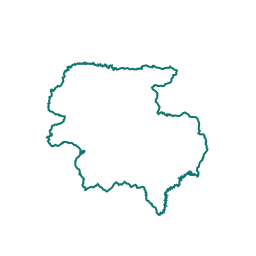 the district of La Convencion, Cusco, Peru, rotated 125°
{"feature_id": "86281439B48996208982152", "entity_name": "La Convencion", "entity_type": "district", "adm_level": 2, "iso_a3": "PER", "parent_name": "Peru", "parent_adm1": "Cusco", "projection": "mercator", "projection_center": [-72.836, -12.335], "detail": "fine", "context": "isolated", "style": "outline", "palette": "teal", "viewbox_px": 256, "rotation_deg": 125, "n_neighbors": 0, "source": "geoboundaries", "source_scale": "gbopen_adm2", "svg_char_len": 5805}
<svg xmlns="http://www.w3.org/2000/svg" viewBox="0 0 256 256"><g transform="rotate(125 128 128)"><path d="M142.1,212.2L144.1,209.7L145.9,208.9L147.9,210.1L148.5,209.0L151.0,208.3L152.6,206.6L153.8,207.3L155.3,205.5L156.4,205.6L157.9,203.7L158.8,203.4L158.9,201.3L158.1,198.9L158.4,194.8L157.5,194.3L156.9,192.6L157.3,191.5L156.4,191.3L156.3,189.2L154.8,186.3L157.0,185.2L158.3,185.4L159.3,184.5L163.3,185.9L164.5,187.5L166.0,187.9L166.9,189.7L168.2,190.0L168.8,190.9L170.2,191.4L172.1,190.3L173.9,190.1L174.9,190.6L175.4,190.4L176.9,188.5L176.6,187.0L177.8,186.2L178.4,186.4L178.7,187.5L180.5,187.5L181.0,188.7L182.1,189.0L182.0,187.7L182.7,185.7L184.6,186.1L185.8,183.6L185.5,182.9L186.1,182.3L186.6,180.0L185.8,179.4L185.7,178.7L183.4,177.8L183.1,175.7L182.4,174.6L179.4,173.8L179.1,173.4L178.5,173.5L177.9,172.8L177.4,173.2L176.1,172.4L174.2,169.0L174.5,167.9L172.9,166.4L172.4,164.9L172.9,162.2L172.2,161.6L172.1,160.6L172.3,156.8L173.1,154.4L175.4,153.1L173.1,152.0L171.8,150.8L172.1,150.2L174.3,150.4L176.0,151.7L179.3,151.9L182.6,152.8L184.1,152.1L185.4,152.2L185.9,151.5L187.9,150.5L189.1,149.3L190.2,146.3L190.0,144.0L192.4,141.5L193.3,141.7L193.9,141.2L193.3,140.2L194.4,138.1L194.7,135.6L195.5,135.3L195.6,134.5L197.9,133.9L198.5,133.0L200.9,132.7L201.9,131.0L201.3,129.6L201.6,128.8L202.0,128.1L203.2,127.5L202.6,126.8L200.8,126.6L197.0,124.2L196.7,122.6L195.9,121.8L195.0,121.9L193.6,120.9L192.7,121.1L192.0,120.5L191.3,120.6L192.3,117.2L191.7,115.3L192.7,113.3L192.2,112.1L192.2,108.9L186.3,107.0L182.1,107.2L179.3,106.6L179.2,104.2L180.0,102.9L178.4,102.2L178.0,100.6L174.0,99.9L174.3,97.8L174.2,96.8L173.5,96.1L173.5,94.3L174.6,91.6L170.3,89.5L170.3,87.9L171.5,87.0L171.8,86.3L170.9,85.5L170.7,84.5L167.8,82.4L167.5,80.3L168.9,79.3L169.2,78.0L170.5,76.9L170.3,76.2L171.2,75.9L171.7,74.7L172.9,75.0L173.4,73.7L174.9,73.0L176.4,71.4L176.5,70.3L176.0,69.4L176.7,67.1L176.6,65.8L177.1,65.1L176.7,64.6L177.8,63.5L177.9,62.3L177.5,59.8L179.1,57.3L180.8,56.1L181.5,53.2L180.8,53.1L180.8,52.2L180.2,52.0L179.9,52.5L178.5,52.7L178.2,51.0L177.4,51.0L176.4,50.3L175.9,51.4L175.3,51.6L175.3,51.0L174.2,51.0L174.1,51.5L173.4,51.4L172.5,52.3L171.0,52.3L170.6,53.3L170.1,52.9L169.9,53.5L169.7,53.0L169.4,54.0L168.7,53.6L167.9,53.9L167.7,54.9L166.9,54.7L166.5,55.4L165.9,55.1L166.0,56.2L165.4,56.0L164.8,56.6L164.5,56.1L164.1,56.7L163.6,56.3L163.1,56.8L163.5,57.1L162.7,57.6L162.3,56.9L161.9,57.3L162.4,57.5L162.1,57.9L161.7,57.8L161.5,58.1L161.7,58.8L161.3,59.1L160.9,58.6L161.0,59.6L160.4,59.6L160.3,60.2L159.7,60.2L159.7,59.1L159.5,59.9L158.6,60.0L158.7,60.9L158.3,59.7L156.2,60.2L156.2,59.6L155.3,60.3L155.1,60.0L155.5,59.7L154.7,58.6L154.2,60.3L154.3,59.5L153.0,59.2L153.6,58.6L153.1,58.2L152.5,58.4L152.3,57.6L151.5,58.2L151.1,57.1L150.1,56.9L150.0,56.2L148.0,56.9L147.5,55.8L146.7,55.7L146.4,54.2L146.9,53.7L146.5,53.3L146.1,53.5L146.1,54.4L145.7,53.5L144.6,53.3L142.8,55.1L141.3,55.4L140.4,56.1L140.8,54.9L140.3,54.6L140.1,56.2L139.7,55.5L139.0,55.7L138.9,55.4L138.3,55.8L138.4,56.5L136.9,56.3L137.6,55.3L136.8,55.3L136.8,54.5L136.2,54.6L135.7,53.9L134.4,54.6L134.4,53.9L133.6,54.0L133.4,53.0L133.1,54.1L131.2,53.0L130.7,53.4L131.1,53.9L130.3,53.5L130.2,53.0L131.1,52.3L130.9,51.8L129.4,52.7L129.0,52.0L128.1,52.4L127.9,51.9L128.9,51.6L128.3,50.8L129.4,50.5L129.7,51.4L130.3,50.3L128.6,50.1L128.8,49.2L130.0,49.0L129.3,47.9L128.5,47.7L128.5,47.0L127.7,47.2L127.1,44.0L127.8,43.5L127.0,43.1L124.1,44.6L123.4,47.0L120.5,48.5L119.2,47.7L115.6,49.3L112.9,49.2L111.5,48.7L111.0,49.2L110.1,49.0L109.5,49.7L107.8,49.7L106.4,50.7L101.9,50.3L99.7,50.7L99.3,52.2L97.3,53.5L96.8,55.1L95.6,55.4L95.2,56.2L94.3,56.0L92.5,58.0L91.6,60.4L90.7,60.6L90.1,61.7L89.9,62.6L91.8,65.2L92.0,67.3L90.1,67.7L89.3,67.4L88.2,69.6L83.5,72.2L80.6,76.3L80.1,78.3L83.0,83.1L83.2,84.6L82.5,85.1L82.4,86.6L82.6,90.2L84.3,91.4L87.5,92.1L89.1,93.3L91.1,97.2L92.7,98.1L92.4,99.6L93.5,101.2L93.0,101.6L93.1,102.3L93.9,102.8L94.2,103.7L95.4,102.9L95.9,104.1L95.8,106.0L95.1,107.4L96.4,108.2L95.7,109.4L96.9,110.3L99.1,111.0L98.3,112.9L96.0,113.0L92.7,114.1L90.6,119.1L90.6,120.4L88.5,121.6L86.8,121.4L84.8,122.2L84.0,123.3L82.9,123.4L82.1,126.2L82.0,130.2L81.1,131.6L78.9,130.8L78.3,131.1L76.7,129.7L76.5,127.4L74.4,125.1L73.4,122.9L72.1,122.4L70.8,122.7L66.2,119.2L63.9,119.7L63.0,120.6L60.0,120.3L58.7,121.3L57.1,119.5L56.1,119.3L55.2,120.2L52.9,120.8L52.8,121.6L53.6,123.3L53.4,125.6L54.0,127.9L53.6,128.8L55.3,129.0L56.7,131.1L58.8,133.0L59.9,133.2L60.8,136.8L62.2,139.5L62.2,142.7L62.9,143.3L63.8,142.6L64.4,142.8L65.8,146.1L66.2,149.0L69.4,151.8L70.4,151.8L70.9,150.8L71.7,150.6L72.7,152.9L73.7,153.3L74.1,154.5L74.9,154.5L76.8,157.2L76.6,158.0L79.1,160.4L79.0,162.1L79.8,163.6L81.7,164.8L81.6,166.3L82.3,167.5L86.6,170.5L86.7,171.2L85.9,172.1L86.2,173.0L86.9,173.6L88.0,172.9L88.7,173.1L88.3,174.1L87.6,174.5L87.8,176.0L86.1,177.0L86.8,177.5L86.9,178.5L88.0,179.0L89.3,178.1L90.1,178.2L90.0,180.8L88.9,181.7L89.1,183.2L89.6,183.2L90.0,182.4L90.9,183.3L91.2,184.2L92.1,184.2L91.7,185.2L92.5,186.1L91.7,187.3L92.9,187.9L93.2,188.8L94.0,188.1L94.7,189.2L95.0,191.3L95.6,191.9L95.4,192.6L94.6,193.0L95.0,194.2L95.7,194.1L97.1,195.2L97.0,196.2L97.9,196.8L98.4,198.6L99.3,198.7L99.7,199.3L99.2,200.2L100.1,200.3L99.6,201.1L100.1,201.8L101.0,201.6L102.3,202.9L102.2,203.8L102.9,204.2L102.9,204.9L103.9,205.1L104.1,206.4L106.1,207.3L106.2,208.1L106.8,207.9L106.9,208.7L107.9,209.4L109.6,210.0L110.2,209.4L111.5,209.8L111.2,210.4L111.7,211.0L111.5,211.6L112.8,212.5L113.6,211.3L114.3,211.2L114.2,210.4L114.6,210.0L116.0,211.6L117.1,211.1L117.6,212.2L118.1,212.2L120.8,211.4L122.0,209.4L123.0,209.5L124.2,210.5L127.0,207.6L128.8,207.7L130.8,207.2L133.1,207.7L133.9,209.8L135.2,209.7L137.2,210.6L137.9,210.1L138.9,210.5L140.2,210.2L140.6,211.1L140.2,212.3L140.7,212.9L142.1,212.2Z" fill="none" stroke="#0f766e" stroke-width="2"/></g></svg>